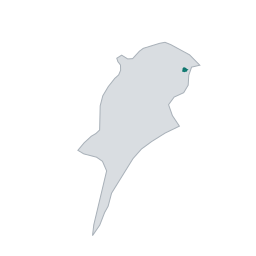 Pelathousa, Paphos, Cyprus (highlighted), rotated 141°
{"feature_id": "46923920B82267121536699", "entity_name": "Pelathousa", "entity_type": "district", "adm_level": 2, "iso_a3": "CYP", "parent_name": "Cyprus", "parent_adm1": "Paphos", "projection": "equal_earth", "projection_center": [32.477, 35.029], "detail": "fine", "context": "in_parent", "style": "filled", "palette": "teal", "viewbox_px": 256, "rotation_deg": 141, "n_neighbors": 0, "source": "geoboundaries", "source_scale": "gbopen_adm2", "svg_char_len": 1462}
<svg xmlns="http://www.w3.org/2000/svg" viewBox="0 0 256 256"><g transform="rotate(141 128 128)"><path d="M178.7,135.8L181.0,142.2L171.4,144.1L161.7,144.7L156.3,143.9L151.3,144.3L135.7,162.7L127.3,168.9L117.2,172.6L107.0,174.9L101.9,175.1L97.4,177.5L94.2,181.7L94.1,185.9L92.8,189.3L87.1,188.6L84.8,181.9L80.8,179.0L70.8,180.5L66.0,180.3L50.1,173.9L45.3,171.3L42.3,165.9L34.1,146.1L32.7,131.6L40.3,135.3L47.5,130.8L54.3,123.4L62.5,120.4L67.6,121.7L72.7,123.0L81.8,120.6L85.7,109.7L86.9,97.1L102.3,100.7L118.0,102.6L130.7,103.2L143.3,101.1L181.8,87.7L192.7,79.7L199.4,77.0L211.1,70.3L223.3,66.7L215.5,74.3L171.6,108.1L168.8,118.2L170.8,125.1L177.1,133.6L178.7,135.8Z" fill="#d9dde1" stroke="#a8b0b8" stroke-width="1"/><path d="M49.2,137.9L49.3,137.8L49.1,137.7L49.1,137.3L48.8,137.0L48.7,136.6L48.4,136.4L48.1,136.3L47.9,136.3L47.7,136.2L47.4,136.2L47.2,136.0L46.9,136.1L46.6,136.2L46.4,136.0L46.4,135.9L46.2,136.0L45.9,136.0L45.7,136.1L45.8,136.3L45.7,136.3L45.8,136.4L45.8,136.5L45.9,136.9L46.0,137.0L46.3,137.0L46.2,137.4L46.2,137.5L45.9,137.8L46.0,137.9L46.0,138.0L46.3,138.1L46.5,138.3L46.5,138.2L46.8,138.2L46.9,138.3L46.9,138.6L46.7,138.6L46.6,138.8L46.4,138.9L46.5,139.1L46.7,139.3L46.9,139.3L47.0,139.4L47.4,139.3L47.5,139.3L47.6,139.2L47.8,139.2L48.0,139.0L48.1,138.9L48.1,138.7L48.0,138.4L47.9,138.1L48.0,138.1L48.3,138.0L48.5,138.1L48.6,137.9L48.8,137.9L49.0,138.0L49.1,137.9L49.2,137.9Z" fill="#14b8a6" stroke="#0f766e" stroke-width="1.5"/></g></svg>